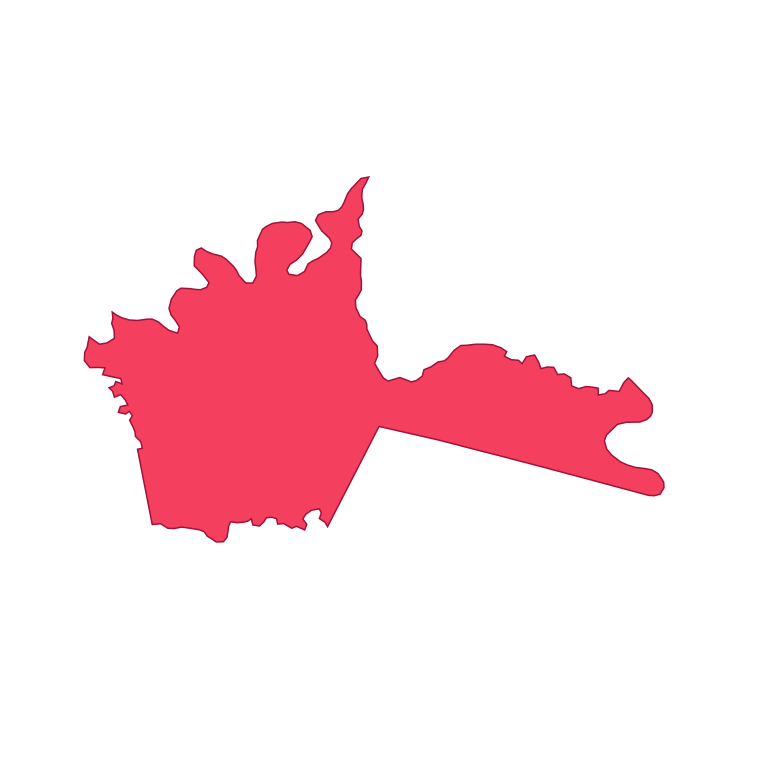 the district of São João, Paraná, Brazil, rotated 105°
{"feature_id": "56859067B79331660525337", "entity_name": "São João", "entity_type": "district", "adm_level": 2, "iso_a3": "BRA", "parent_name": "Brazil", "parent_adm1": "Paraná", "projection": "robinson", "projection_center": [-52.816, -25.741], "detail": "fine", "context": "isolated", "style": "filled", "palette": "rose", "viewbox_px": 768, "rotation_deg": 105, "n_neighbors": 0, "source": "geoboundaries", "source_scale": "gbopen_adm2", "svg_char_len": 3369}
<svg xmlns="http://www.w3.org/2000/svg" viewBox="0 0 768 768"><g transform="rotate(105 384 384)"><path d="M536.4,401.6L426.3,377.8L424.0,317.1L423.6,269.4L423.4,256.9L423.3,237.8L423.1,208.4L423.1,99.7L422.0,94.1L419.0,88.8L411.7,86.7L406.3,88.5L399.7,96.0L397.6,102.9L398.1,109.8L399.5,119.5L399.2,128.3L398.1,135.2L393.8,145.6L389.3,152.0L381.9,156.4L375.6,155.9L362.6,148.1L358.1,139.7L354.5,127.0L350.3,121.0L346.0,118.2L341.7,117.5L334.6,119.6L329.4,124.4L324.0,133.7L317.0,145.3L314.8,149.6L320.5,152.7L325.3,153.8L330.3,154.9L331.9,165.0L336.2,167.9L339.2,174.2L332.6,176.0L333.1,181.8L334.2,188.2L338.1,194.8L337.3,202.3L329.6,205.2L327.6,212.6L329.9,218.7L324.0,224.3L325.3,230.7L328.5,236.4L323.0,240.2L317.0,246.0L320.8,253.5L328.5,255.8L326.3,260.3L327.6,267.4L326.0,274.9L321.0,273.8L318.7,280.6L318.0,289.4L319.6,297.4L321.7,305.3L325.1,313.9L326.9,319.7L333.3,325.0L342.0,328.8L346.0,331.7L348.7,337.5L355.2,343.0L359.9,349.1L366.5,349.1L372.0,353.4L374.9,358.1L373.6,370.3L380.2,381.0L378.3,386.2L373.6,391.3L366.5,398.4L358.4,397.4L349.0,400.4L345.3,406.4L335.3,414.8L331.0,416.0L327.2,418.7L325.0,424.7L317.4,431.0L310.1,433.4L304.8,431.6L298.9,430.3L290.5,432.4L285.3,434.8L273.0,437.7L268.7,438.7L262.1,450.4L255.8,451.2L250.4,447.8L246.6,444.8L241.9,444.8L238.3,448.6L231.5,451.7L225.5,449.0L220.5,449.0L215.1,451.0L210.1,453.6L205.3,454.7L200.9,455.2L194.8,453.6L188.0,452.3L191.4,459.4L203.7,466.1L209.6,468.4L218.5,469.5L223.7,470.6L228.0,473.0L230.5,477.1L232.8,484.9L237.4,491.2L243.7,492.5L247.4,488.9L252.4,483.5L257.2,474.5L261.2,471.0L266.4,470.8L271.9,473.5L279.4,479.8L284.2,485.4L287.6,488.4L296.0,489.9L301.7,495.7L302.6,504.3L299.2,507.4L292.8,505.8L286.9,500.5L279.2,496.2L267.6,493.1L260.3,491.5L254.6,495.2L250.3,505.3L250.3,511.9L253.0,519.1L254.0,524.6L257.8,533.4L262.3,538.5L266.0,541.4L278.0,543.4L284.2,541.6L290.3,541.9L299.2,540.3L307.2,537.1L312.8,535.2L320.4,536.8L322.2,543.7L316.9,552.0L312.2,556.2L309.2,560.0L306.9,564.2L304.2,569.1L302.6,574.2L302.7,582.7L301.9,589.6L299.9,595.7L303.3,599.9L309.9,600.1L319.0,597.9L325.1,587.4L331.4,579.3L336.5,580.3L340.4,585.6L341.4,590.4L342.2,596.5L344.0,604.9L347.4,608.1L356.8,611.3L361.3,611.3L366.5,611.3L372.6,607.4L377.0,601.5L381.9,596.4L388.3,596.5L387.9,605.5L385.4,611.9L382.4,617.9L381.3,624.8L382.8,629.9L386.4,638.4L388.1,646.6L387.9,654.6L386.7,660.0L384.9,665.1L390.6,662.9L396.0,662.7L402.2,658.5L409.7,656.3L416.0,662.2L419.2,669.0L416.9,675.4L414.7,681.0L425.6,680.2L431.0,681.3L439.0,679.5L444.3,672.3L442.2,665.1L440.6,657.7L447.8,658.2L447.4,648.7L446.8,639.7L451.7,637.0L451.0,643.7L455.6,644.2L458.8,648.7L461.3,644.2L466.5,641.0L462.4,635.5L466.5,629.7L470.6,626.0L474.0,632.8L480.1,633.3L479.9,626.0L476.3,622.8L479.7,618.9L484.9,620.3L490.2,615.5L494.7,612.1L499.0,610.5L502.8,603.9L508.6,600.8L510.8,605.2L579.7,571.5L576.8,563.6L579.3,555.4L577.9,549.2L574.7,542.9L573.4,533.3L572.6,524.4L573.2,519.4L576.7,515.3L578.3,510.1L580.0,505.2L577.9,498.2L572.7,496.0L567.3,496.5L561.8,497.3L556.8,496.5L555.9,489.6L554.1,484.7L552.0,480.4L548.6,477.2L554.1,474.2L553.4,467.6L548.4,464.4L543.6,462.9L541.7,457.8L542.0,452.8L546.8,450.5L544.8,444.6L547.2,435.8L544.1,431.6L545.5,422.8L539.5,422.3L535.4,427.5L530.1,425.8L524.7,421.4L521.3,414.1L525.0,411.1L530.7,411.6L532.9,405.1L536.4,401.6Z" fill="#f43f5e" stroke="#9f1239" stroke-width="1.5"/></g></svg>